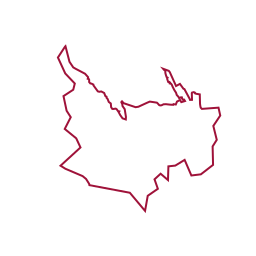 outline of Zangiata, Tashkent, Uzbekistan, rotated 294°
{"feature_id": "79887680B90536772878840", "entity_name": "Zangiata", "entity_type": "district", "adm_level": 2, "iso_a3": "UZB", "parent_name": "Uzbekistan", "parent_adm1": "Tashkent", "projection": "robinson", "projection_center": [69.123, 41.226], "detail": "fine", "context": "isolated", "style": "outline", "palette": "rose", "viewbox_px": 256, "rotation_deg": 294, "n_neighbors": 0, "source": "geoboundaries", "source_scale": "gbopen_adm2", "svg_char_len": 1925}
<svg xmlns="http://www.w3.org/2000/svg" viewBox="0 0 256 256"><g transform="rotate(294 128 128)"><path d="M168.3,159.9L167.6,159.9L166.5,157.1L165.2,153.0L164.1,150.8L162.4,149.4L161.7,148.2L161.6,147.2L162.6,145.0L162.9,144.1L161.0,137.2L159.1,135.4L151.6,128.8L151.1,128.0L150.1,126.5L148.9,114.0L149.9,111.7L148.9,111.4L147.4,113.1L145.8,114.1L143.9,117.3L137.3,121.6L134.9,122.5L134.6,119.1L136.6,115.7L138.7,113.0L139.6,113.2L139.4,111.9L140.5,110.1L140.7,108.9L139.2,106.5L139.1,105.7L140.2,104.1L142.7,102.7L143.4,102.3L144.0,99.8L146.2,97.6L146.9,96.1L147.9,95.6L148.0,94.3L150.3,92.0L150.5,88.7L149.4,87.0L149.2,85.5L152.9,79.1L153.6,78.7L153.7,76.7L153.4,75.4L154.2,73.8L156.1,73.0L156.8,72.2L156.6,71.2L158.2,70.9L160.1,66.7L160.8,56.1L161.1,53.3L164.7,47.6L177.3,37.6L176.8,37.4L163.9,35.3L152.3,48.5L147.0,61.3L140.7,62.4L130.9,56.1L118.8,64.9L114.6,71.3L101.4,70.6L97.5,84.9L90.9,92.5L66.1,81.7L65.8,84.0L65.3,87.4L65.6,106.1L64.4,110.4L61.2,115.2L60.1,116.0L69.6,156.0L59.2,177.3L74.1,173.6L84.6,180.0L91.9,173.1L99.5,176.4L96.7,185.7L109.4,180.5L112.9,186.5L121.9,192.7L110.4,205.2L115.3,213.4L128.9,220.7L145.6,212.8L153.3,213.9L164.6,205.1L176.9,207.2L183.4,202.4L175.5,187.7L176.2,186.1L177.4,185.2L179.3,184.0L183.3,182.1L187.9,179.9L187.0,176.4L186.9,175.2L187.5,174.8L187.5,173.5L186.4,172.1L185.8,172.1L180.0,174.9L179.7,175.0L178.9,173.2L179.6,172.6L186.5,163.7L186.4,162.7L189.4,157.5L185.9,154.8L196.0,143.5L196.8,142.0L196.4,136.0L195.8,137.2L195.4,138.9L193.9,139.5L193.0,140.1L191.9,141.0L190.8,142.0L190.2,142.6L190.1,143.7L188.9,143.7L187.5,145.0L186.4,146.0L186.4,146.5L186.9,147.0L186.6,148.0L185.7,148.1L185.9,149.5L185.1,150.7L184.0,151.8L181.5,154.9L179.8,157.5L178.0,159.1L177.0,161.4L176.1,162.6L177.6,163.9L177.9,164.8L177.0,165.3L176.3,166.4L176.8,167.7L175.8,169.1L173.3,166.2L174.7,164.2L172.1,162.0L168.9,162.1L168.3,159.9Z" fill="none" stroke="#9f1239" stroke-width="2"/></g></svg>